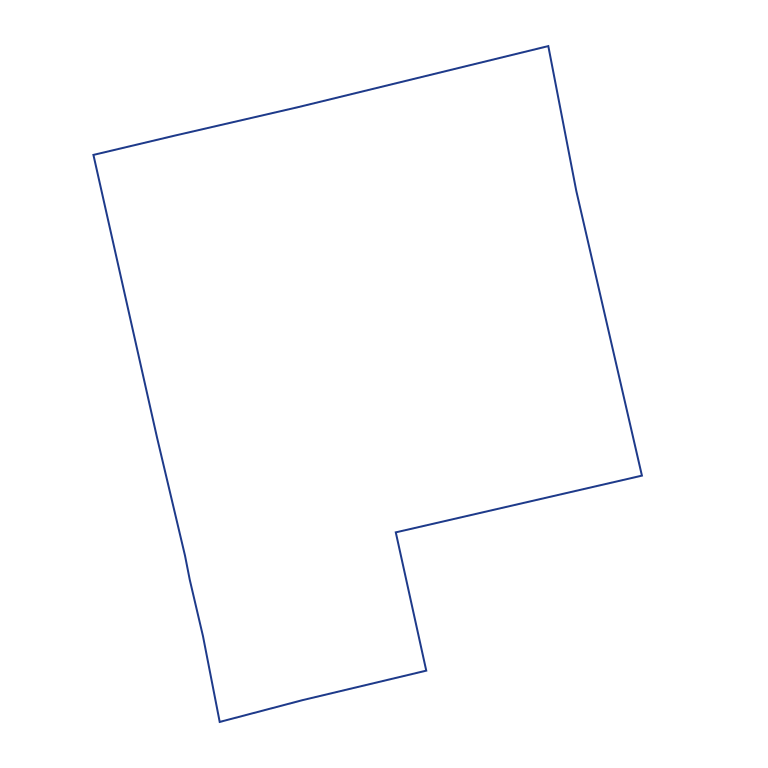 Isanti, Minnesota, United States of America (Robinson projection), rotated 77°
{"feature_id": "52423323B71710421504154", "entity_name": "Isanti", "entity_type": "district", "adm_level": 2, "iso_a3": "USA", "parent_name": "United States of America", "parent_adm1": "Minnesota", "projection": "robinson", "projection_center": [-93.264, 45.573], "detail": "fine", "context": "isolated", "style": "outline", "palette": "blue", "viewbox_px": 768, "rotation_deg": 77, "n_neighbors": 0, "source": "geoboundaries", "source_scale": "gbopen_adm2", "svg_char_len": 340}
<svg xmlns="http://www.w3.org/2000/svg" viewBox="0 0 768 768"><g transform="rotate(77 384 384)"><path d="M91.7,147.9L94.9,404.9L94.9,532.1L95.4,615.6L385.1,617.2L506.5,616.5L531.0,617.3L589.0,617.1L676.3,620.1L673.7,534.2L672.8,407.3L531.2,405.9L531.3,153.3L239.1,153.2L91.7,147.9Z" fill="none" stroke="#1e3a8a" stroke-width="2"/></g></svg>